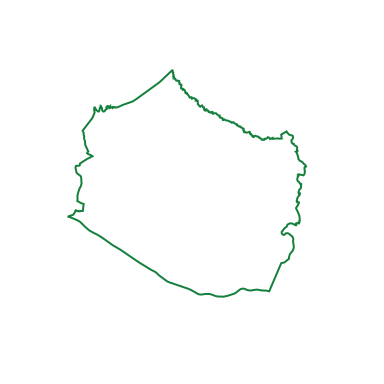 Blacktown, New South Wales, Australia (orthographic projection), rotated 144°
{"feature_id": "25037944B57460012888659", "entity_name": "Blacktown", "entity_type": "district", "adm_level": 2, "iso_a3": "AUS", "parent_name": "Australia", "parent_adm1": "New South Wales", "projection": "orthographic", "projection_center": [150.83, -33.74], "detail": "fine", "context": "isolated", "style": "outline", "palette": "green", "viewbox_px": 384, "rotation_deg": 144, "n_neighbors": 0, "source": "geoboundaries", "source_scale": "gbopen_adm2", "svg_char_len": 6031}
<svg xmlns="http://www.w3.org/2000/svg" viewBox="0 0 384 384"><g transform="rotate(144 192 192)"><path d="M136.8,302.1L153.6,299.9L183.0,299.9L186.7,300.1L196.7,303.1L201.5,304.1L204.4,305.2L204.7,306.2L205.1,306.5L205.9,306.7L206.8,306.5L206.9,307.2L206.6,307.5L208.9,308.2L208.2,308.7L208.0,309.0L209.0,308.6L209.6,309.1L209.1,309.8L209.0,310.5L209.5,311.0L210.7,311.2L211.8,309.7L212.0,310.1L212.3,309.6L212.7,309.3L213.6,309.4L214.6,308.9L215.5,308.8L216.2,309.0L216.7,309.7L216.7,310.2L216.3,311.6L215.5,312.9L215.2,315.3L215.3,315.5L215.5,315.3L215.8,314.7L216.3,314.2L216.6,314.0L216.9,314.3L217.4,314.1L219.1,312.2L220.3,312.0L220.6,312.2L221.1,313.9L221.3,314.8L221.1,315.4L221.3,315.6L221.4,315.9L221.2,316.0L221.0,316.6L220.9,317.5L221.4,317.7L221.9,317.2L222.1,316.4L222.5,316.4L224.3,313.3L229.2,310.4L244.4,305.9L244.4,305.4L244.9,303.5L246.2,301.7L246.3,300.6L247.5,299.5L248.9,295.8L250.7,292.7L252.1,285.7L253.2,285.6L254.1,285.0L253.6,283.6L251.9,280.7L251.5,279.4L257.5,280.4L265.9,280.9L267.1,279.5L268.0,279.7L270.5,281.3L271.9,280.3L273.8,276.1L274.1,275.0L272.8,270.7L272.8,270.1L272.9,269.5L274.1,267.2L275.1,265.9L276.3,263.8L278.6,262.0L280.6,261.1L284.0,258.8L287.3,255.9L288.5,253.8L290.1,252.2L288.4,248.4L286.7,246.0L291.5,240.8L294.5,242.9L294.6,242.7L295.6,243.5L296.7,245.5L297.4,245.4L297.3,244.9L301.5,243.4L306.1,244.9L306.5,244.7L304.7,242.1L301.4,236.6L300.3,234.2L299.9,232.7L298.9,226.5L297.7,221.3L296.1,217.8L293.5,212.7L291.7,208.4L287.6,196.1L283.9,187.5L276.0,165.5L270.6,152.6L268.8,149.1L268.3,147.5L267.6,143.7L264.6,134.2L263.0,131.6L251.9,115.9L249.7,111.9L247.0,105.8L246.2,104.8L244.7,103.5L240.7,101.4L237.6,99.0L236.4,97.5L234.1,94.0L232.7,92.4L227.9,88.7L224.5,87.2L217.5,84.9L215.9,84.7L210.3,84.9L209.0,84.6L207.8,84.1L206.5,82.9L204.9,80.2L203.3,78.5L202.1,77.6L198.1,75.6L196.4,74.5L193.6,71.5L189.7,68.4L187.9,66.3L161.6,82.0L158.6,80.7L152.7,81.0L151.9,82.2L149.6,84.0L147.0,84.8L145.0,85.3L142.6,86.9L141.3,88.7L139.5,92.3L137.4,94.8L137.0,97.1L137.8,99.8L137.9,100.9L138.9,102.5L140.1,103.3L140.7,103.4L142.6,103.1L143.0,103.3L143.5,104.1L143.7,105.0L143.7,105.8L143.2,106.6L142.7,107.1L140.9,107.5L140.2,107.9L138.5,108.2L138.1,108.4L135.7,108.3L134.6,109.2L133.8,109.5L131.5,109.1L130.8,108.9L130.3,108.5L128.7,106.4L128.0,104.5L127.3,103.9L126.8,104.0L126.8,105.1L126.5,105.4L126.0,105.4L125.3,105.0L124.3,105.0L124.1,104.8L124.0,103.8L123.9,103.7L122.5,104.6L122.1,105.6L121.5,105.7L119.9,108.2L118.9,110.3L118.2,113.3L117.7,115.7L117.6,116.9L117.4,117.6L116.9,118.1L114.1,119.1L111.7,120.4L111.6,120.7L111.9,121.3L113.0,122.0L113.0,122.5L112.6,123.2L111.6,123.7L111.0,124.7L110.5,125.0L109.1,125.8L107.0,126.2L105.5,127.2L105.4,127.4L105.6,127.8L106.5,127.6L106.7,127.8L105.8,129.4L103.9,130.8L102.4,130.9L101.6,131.2L101.1,131.8L100.2,132.6L99.9,133.9L99.7,134.0L99.6,133.6L99.0,134.1L98.9,134.5L99.1,134.8L99.7,135.6L99.5,137.1L100.1,138.5L99.7,139.9L98.8,141.1L97.9,141.6L97.4,142.3L96.2,142.4L96.0,142.9L96.3,143.7L96.0,143.8L95.5,143.7L94.5,142.8L92.2,140.1L91.3,140.1L90.3,140.6L88.5,142.3L87.9,143.8L86.6,145.7L86.1,145.9L85.1,145.5L84.6,145.7L84.5,147.5L84.9,148.6L85.2,151.6L86.4,154.1L86.5,155.1L86.5,156.4L85.7,157.3L85.3,158.4L85.4,158.8L84.7,159.9L84.6,161.5L84.0,162.5L84.3,163.5L83.3,163.3L82.9,162.9L82.5,163.1L82.3,163.4L82.6,164.0L82.5,164.4L80.9,165.9L80.7,166.3L80.6,167.5L81.2,168.4L82.0,171.6L81.7,171.6L82.3,172.6L82.3,173.5L81.4,175.2L80.9,175.5L79.6,175.7L78.4,176.4L77.5,177.9L77.6,178.7L78.5,179.6L79.8,181.6L79.8,182.8L80.1,183.7L79.9,185.4L86.1,186.0L88.0,182.5L90.7,184.3L91.3,185.1L95.5,187.6L95.0,188.4L97.6,188.9L97.5,189.2L97.7,190.5L97.8,190.9L98.4,191.4L98.6,191.8L99.4,191.5L100.9,191.5L102.1,192.5L102.4,192.5L103.0,191.8L103.8,192.3L104.9,193.5L104.6,194.1L105.0,195.2L105.7,195.9L105.4,196.5L105.7,197.0L105.7,197.6L106.4,198.1L107.5,200.1L108.7,200.8L109.0,200.7L109.3,200.2L109.7,200.2L110.4,200.9L110.5,201.6L110.0,202.5L110.8,204.4L110.2,204.7L110.6,205.5L110.0,206.3L110.0,206.8L112.4,207.6L113.6,208.6L113.7,209.2L114.7,209.8L114.6,210.2L114.0,210.6L114.2,211.0L114.1,212.1L113.1,212.5L113.2,213.2L113.3,213.6L113.9,214.1L114.1,215.2L114.5,215.8L114.3,216.4L115.0,216.8L115.1,217.3L115.7,217.7L115.9,218.0L115.8,219.2L116.5,219.7L116.0,220.6L116.9,221.7L117.3,223.0L117.4,224.1L117.7,224.3L118.8,224.4L119.1,224.6L119.1,225.5L119.3,226.0L120.2,226.7L120.3,227.5L120.6,228.1L121.2,228.6L122.1,229.9L122.6,230.2L123.2,231.8L123.7,232.0L124.3,231.8L124.7,232.0L124.7,232.5L124.1,232.8L124.0,233.2L124.3,234.5L125.3,235.3L125.7,236.0L125.6,236.3L125.2,236.4L125.1,236.9L124.7,237.5L125.4,237.9L125.7,238.9L125.8,239.5L126.2,240.1L126.2,241.4L128.3,243.2L129.0,242.9L129.3,243.1L129.3,243.5L128.8,244.0L128.4,244.8L129.4,245.2L130.2,245.2L130.6,245.6L130.6,246.2L131.4,246.8L131.5,247.1L131.1,247.6L131.0,248.1L131.2,248.4L131.9,248.8L131.6,250.4L132.8,250.7L133.5,250.2L133.7,250.6L133.8,251.4L133.7,251.8L133.2,252.3L133.2,252.8L132.7,253.0L132.5,253.4L132.7,253.6L133.2,253.6L133.3,254.0L133.3,254.8L132.9,256.0L134.2,256.4L135.2,256.2L135.6,257.1L135.4,259.0L135.7,259.6L134.3,261.5L134.4,262.0L133.8,262.5L134.1,263.2L135.0,263.4L135.2,263.6L134.1,264.2L134.1,264.4L134.8,264.9L134.9,266.1L135.4,267.0L137.1,267.5L136.6,268.5L136.6,268.8L137.3,268.9L137.6,269.6L138.2,269.6L138.4,269.8L138.1,270.8L138.1,273.5L138.4,273.9L137.9,275.0L138.1,275.3L139.0,275.6L139.1,276.0L138.9,276.6L138.5,276.9L138.1,278.3L138.3,279.4L139.4,279.9L139.4,280.2L138.8,280.6L139.3,281.0L139.3,281.7L139.8,282.0L139.9,282.4L139.7,282.7L139.2,283.0L138.5,284.0L137.6,284.7L137.6,285.3L137.8,285.6L138.4,285.8L138.7,286.9L137.7,287.8L137.9,288.6L137.3,289.2L137.8,289.4L137.8,290.3L138.4,290.5L138.6,290.9L139.1,291.2L139.3,291.5L139.2,292.4L139.4,292.9L138.9,293.6L139.6,294.7L140.1,294.8L139.5,295.7L138.8,296.0L138.9,296.3L139.2,296.6L139.0,296.8L138.1,297.3L138.2,297.7L137.9,298.3L137.9,298.9L136.9,299.6L136.9,300.0L137.2,300.7L136.6,301.1L136.4,301.6L136.8,301.7L136.8,302.1Z" fill="none" stroke="#15803d" stroke-width="2"/></g></svg>